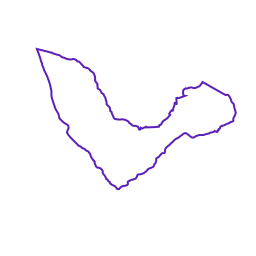 the district of Berbeo, Boyacá, Colombia, rotated 280°
{"feature_id": "7082276B20026203821701", "entity_name": "Berbeo", "entity_type": "district", "adm_level": 2, "iso_a3": "COL", "parent_name": "Colombia", "parent_adm1": "Boyacá", "projection": "orthographic", "projection_center": [-73.104, 5.23], "detail": "fine", "context": "isolated", "style": "outline", "palette": "violet", "viewbox_px": 256, "rotation_deg": 280, "n_neighbors": 0, "source": "geoboundaries", "source_scale": "gbopen_adm2", "svg_char_len": 5830}
<svg xmlns="http://www.w3.org/2000/svg" viewBox="0 0 256 256"><g transform="rotate(280 128 128)"><path d="M153.1,230.4L153.8,230.4L154.5,230.2L155.9,230.2L156.5,230.2L158.5,231.0L160.9,231.4L161.7,231.4L162.2,231.3L162.7,231.0L164.2,230.4L166.4,229.2L168.8,228.4L169.9,227.9L170.3,227.6L171.3,226.0L171.9,225.4L174.7,223.9L176.2,222.8L177.1,221.8L177.7,221.2L178.0,220.5L178.0,220.3L177.8,219.4L177.4,218.3L186.2,193.5L185.9,193.5L185.4,193.3L184.0,192.4L183.0,192.0L182.4,191.6L181.7,191.3L181.5,191.2L180.9,190.0L180.6,189.3L179.7,188.4L179.4,187.9L179.2,187.5L179.2,187.3L178.7,186.0L178.7,185.3L178.8,184.9L178.9,184.4L179.0,183.9L179.0,183.3L178.9,182.7L177.9,180.6L177.0,179.1L177.0,178.5L177.1,177.9L175.8,176.5L175.2,176.1L174.7,175.9L174.0,176.0L173.4,175.9L171.9,176.3L171.1,176.3L170.6,176.6L169.7,177.2L169.6,177.5L169.6,178.6L168.0,176.0L166.5,173.1L166.3,172.9L166.1,172.1L166.3,171.5L166.1,170.9L165.8,170.4L161.6,171.4L161.2,171.5L160.2,171.8L160.1,171.7L160.4,171.0L160.4,170.8L160.8,170.1L160.9,169.8L160.7,169.6L159.9,169.7L159.5,169.9L156.1,169.4L155.4,169.2L153.7,169.2L152.8,169.1L152.7,169.0L153.0,167.8L151.2,166.9L149.1,166.1L148.2,167.3L147.4,166.7L144.7,165.2L143.9,164.4L143.6,164.2L142.3,162.9L141.9,162.3L140.8,161.4L140.3,161.0L139.5,160.9L138.6,160.3L137.8,160.2L137.3,159.9L137.0,159.8L136.8,159.7L136.7,159.3L136.2,158.3L134.6,158.2L133.1,152.2L131.8,146.0L132.0,146.0L132.4,145.6L130.5,142.8L129.8,141.9L130.5,140.5L128.4,139.9L128.5,139.2L128.8,138.9L129.7,138.6L130.2,138.1L130.9,137.7L131.1,137.2L131.2,136.4L131.4,135.5L131.4,134.8L131.1,133.7L131.1,132.7L131.3,132.0L131.4,131.6L132.1,130.7L132.6,129.8L132.7,129.4L132.9,129.1L133.4,128.1L133.8,127.9L134.3,127.4L134.7,126.6L135.6,123.8L135.6,122.2L135.6,120.9L135.3,120.3L135.3,119.7L135.0,119.0L134.7,117.3L134.8,116.6L134.6,116.0L134.6,113.6L135.0,112.8L135.7,112.0L136.9,111.5L137.7,110.8L139.5,109.6L140.1,109.3L140.8,109.1L141.1,108.9L141.5,107.8L142.0,107.5L144.5,106.7L145.2,106.2L145.7,105.6L146.8,103.9L147.4,103.1L147.9,102.7L148.5,102.6L149.1,102.6L149.9,102.4L151.6,101.4L152.4,101.0L153.6,100.6L154.2,100.2L155.1,99.3L155.9,98.7L156.6,98.4L157.0,98.0L157.2,97.7L157.3,97.2L157.7,96.4L158.1,95.8L158.7,95.3L159.4,94.9L160.1,94.3L160.6,93.7L161.0,93.0L161.5,91.4L161.8,91.2L162.1,91.2L163.1,91.0L164.1,90.5L165.4,90.5L165.8,90.4L166.2,90.1L166.4,89.5L167.5,88.9L167.7,88.5L168.1,87.9L168.7,87.5L172.4,86.7L173.5,86.2L175.9,84.7L176.7,83.6L177.6,81.5L179.6,79.0L179.9,77.9L180.0,76.4L180.3,75.1L180.3,74.1L180.5,73.6L181.4,73.0L182.1,71.9L183.2,70.5L183.8,69.9L184.9,68.0L184.8,67.1L184.8,66.5L185.5,65.8L186.0,64.9L186.4,63.6L186.4,62.8L186.6,62.1L185.9,61.0L185.7,60.5L185.5,59.7L185.5,58.8L185.3,58.5L185.5,55.8L185.4,55.3L185.5,54.6L185.9,54.1L186.1,52.5L186.3,50.7L186.9,49.4L187.4,48.8L187.6,48.3L187.7,47.7L187.8,47.3L187.9,45.4L188.2,43.4L188.2,42.8L188.4,41.7L188.5,40.5L188.9,40.3L189.0,39.7L189.1,39.2L188.8,38.4L188.9,38.0L189.1,37.4L190.0,24.6L188.7,25.4L182.0,29.2L178.2,31.0L177.2,31.7L177.0,32.0L176.2,32.3L175.2,32.5L174.5,32.9L172.5,34.3L170.6,35.2L166.3,38.4L163.8,40.1L162.4,40.7L161.5,41.4L157.9,43.3L156.0,44.2L153.5,45.1L151.0,46.2L149.9,46.4L147.4,46.8L144.7,47.6L136.1,52.2L134.7,53.0L133.8,53.6L130.9,56.1L130.1,56.7L128.6,57.6L125.4,58.9L124.1,61.0L122.5,63.2L121.8,64.7L120.5,68.0L119.5,69.0L118.2,69.4L116.8,69.4L115.6,69.0L113.4,68.7L112.8,68.8L110.7,70.6L108.6,73.2L105.5,77.4L103.6,80.3L102.5,81.8L101.9,82.5L101.8,82.8L101.6,84.5L101.4,84.9L100.4,86.1L100.2,86.5L100.2,87.0L100.1,87.3L100.0,88.3L99.4,89.5L98.6,90.6L98.3,92.1L97.9,93.1L97.5,93.4L96.8,94.1L96.7,94.4L96.2,94.7L95.5,95.5L94.4,95.9L93.8,96.3L92.9,97.0L92.5,97.1L91.8,97.7L90.9,98.9L90.7,99.1L90.4,99.2L90.2,99.4L90.0,100.0L89.9,100.2L89.3,100.5L89.2,100.9L89.0,101.1L88.8,101.2L87.9,101.2L87.5,101.3L87.1,101.4L86.1,102.3L85.6,102.5L84.7,103.1L84.1,103.8L83.9,104.0L83.7,104.6L83.8,105.2L83.8,105.7L83.5,107.8L82.7,109.1L82.4,109.6L81.9,109.9L81.5,110.4L81.1,110.6L80.4,110.8L79.8,110.7L79.3,110.9L78.9,111.1L78.7,111.3L77.4,112.9L76.7,113.7L75.3,114.7L74.9,115.1L74.6,115.4L73.9,115.5L73.8,116.3L73.6,116.7L73.2,117.2L72.5,117.6L72.3,117.9L72.0,118.4L71.4,119.7L70.4,119.9L70.0,120.3L69.9,120.6L69.8,121.3L69.1,122.3L68.8,124.2L68.4,125.5L67.5,126.4L66.9,127.2L66.2,127.9L66.0,128.1L66.0,128.4L66.3,129.1L66.4,129.9L67.0,130.1L67.6,130.6L68.2,130.9L68.6,131.3L69.6,132.4L69.9,133.1L70.2,133.6L70.6,135.3L71.8,137.2L72.4,137.6L73.1,137.6L74.2,137.2L74.7,137.2L75.1,137.3L75.5,137.5L77.2,139.8L77.6,140.5L78.1,141.9L78.5,142.7L79.5,144.2L79.9,144.6L81.4,145.1L83.0,145.4L83.5,145.6L83.8,146.0L84.2,146.6L84.5,148.2L84.7,148.7L85.2,149.7L86.0,150.9L86.3,151.4L88.9,153.8L90.1,154.5L90.7,154.7L91.1,154.9L91.9,156.1L92.4,157.1L94.2,159.6L94.6,159.9L96.1,160.2L97.1,160.3L97.5,160.5L98.0,161.0L98.6,161.3L100.6,161.5L101.4,161.4L102.3,161.1L102.7,161.1L103.2,161.3L103.5,161.7L104.5,162.9L105.4,163.6L105.9,163.9L108.9,165.7L109.2,166.4L109.4,167.4L109.7,168.3L110.3,168.5L111.1,168.4L113.2,168.3L113.9,168.4L115.1,168.9L117.1,170.4L117.8,171.2L118.8,171.9L120.6,173.2L121.1,173.5L122.0,174.4L123.9,175.5L124.7,176.3L125.8,177.3L126.9,179.0L129.5,181.3L130.2,182.2L131.3,183.0L132.2,184.0L132.9,185.2L132.9,186.3L131.3,189.6L130.7,190.5L130.2,191.4L129.9,192.1L129.8,192.8L130.0,194.4L131.9,196.4L132.4,197.4L133.5,199.5L133.7,200.9L134.2,203.5L135.7,206.3L136.6,208.6L137.1,209.2L137.6,209.7L137.9,210.1L138.4,211.8L139.1,213.2L139.5,213.5L140.1,213.8L139.7,215.1L139.6,216.1L139.7,216.6L140.2,216.9L140.4,216.8L140.9,216.6L141.2,216.8L141.4,217.5L141.9,217.6L142.6,217.5L143.0,218.1L143.5,218.6L145.1,218.7L145.6,219.1L146.2,219.7L146.2,220.2L146.5,220.6L146.8,220.8L147.0,221.4L147.5,222.4L147.9,222.9L149.2,224.4L149.9,226.1L150.8,227.1L151.3,227.4L152.6,229.8L153.1,230.4Z" fill="none" stroke="#5b21b6" stroke-width="2"/></g></svg>